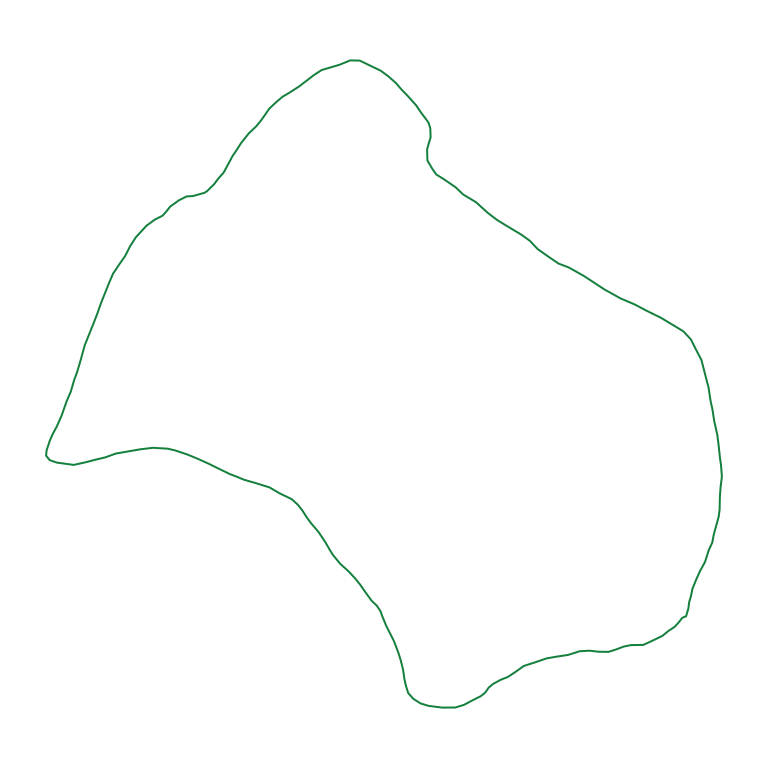 Faadhippolhu, Maldives (orthographic projection)
{"feature_id": "70690204B52357859866053", "entity_name": "Faadhippolhu", "entity_type": "district", "adm_level": 2, "iso_a3": "MDV", "parent_name": "Maldives", "parent_adm1": "", "projection": "orthographic", "projection_center": [73.502, 5.401], "detail": "fine", "context": "isolated", "style": "outline", "palette": "green", "viewbox_px": 768, "rotation_deg": 0, "n_neighbors": 0, "source": "geoboundaries", "source_scale": "gbopen_adm2", "svg_char_len": 2588}
<svg xmlns="http://www.w3.org/2000/svg" viewBox="0 0 768 768"><path d="M442.4,707.6L455.3,707.5L463.9,704.9L472.2,700.5L480.9,696.1L485.3,692.5L488.6,687.7L493.0,684.0L500.6,679.8L507.8,677.0L516.8,671.0L523.7,666.0L535.8,662.1L546.5,658.4L557.5,656.5L568.2,654.9L579.9,651.2L589.9,650.7L598.2,651.7L608.4,651.9L616.0,649.5L623.6,646.6L631.0,645.1L643.3,644.9L649.9,641.9L657.0,638.5L662.5,635.8L668.6,630.8L674.7,626.8L678.5,622.6L682.2,617.9L686.1,616.2L688.4,608.4L689.1,602.5L691.1,595.5L692.4,588.9L696.4,579.1L700.2,570.7L705.0,562.0L708.7,550.3L712.3,542.5L713.8,534.4L716.6,524.2L718.7,516.7L719.6,509.5L719.9,496.7L720.5,487.9L721.9,476.4L721.0,465.1L720.0,458.2L718.5,444.2L717.3,434.8L714.2,421.0L712.5,409.8L710.5,400.5L708.6,387.8L704.4,371.6L701.4,359.9L695.9,349.4L690.8,339.3L683.4,331.4L674.1,325.7L661.1,317.9L646.3,310.6L634.8,304.5L620.7,298.5L604.5,289.5L593.1,282.0L583.6,275.8L568.6,267.4L558.6,263.6L549.0,257.1L537.8,249.2L529.7,240.7L521.4,234.7L514.7,230.7L505.9,225.4L497.4,220.2L487.7,212.8L476.0,202.2L463.2,194.5L455.5,187.2L444.1,179.4L436.3,174.5L432.3,168.8L427.4,160.5L427.1,149.6L428.4,144.5L430.6,137.4L430.3,128.3L428.5,122.6L425.6,118.6L421.1,112.7L416.2,105.4L407.7,95.9L401.9,90.0L395.7,82.8L388.0,76.1L380.6,70.6L371.5,66.3L359.8,60.6L350.2,60.4L339.4,64.8L330.9,67.3L321.5,70.1L313.3,75.5L299.3,86.3L288.9,93.0L282.6,96.7L275.9,102.4L269.4,108.5L264.9,115.0L260.4,121.3L256.4,126.1L248.7,133.5L241.1,143.0L237.1,149.3L232.2,156.6L230.2,160.5L223.6,172.6L218.2,178.7L214.1,184.2L206.9,191.3L204.2,192.9L192.7,196.1L186.7,196.4L178.9,200.3L170.2,206.6L165.8,212.1L162.5,215.7L154.8,219.6L146.6,225.6L135.9,237.2L130.3,245.9L125.0,256.2L119.4,264.2L113.0,273.7L109.0,283.1L105.8,291.1L101.0,303.1L97.3,313.7L94.0,322.2L90.3,331.4L84.7,345.4L80.8,359.6L77.3,371.5L74.1,380.2L70.7,391.9L66.5,401.6L61.8,415.1L56.7,426.7L52.8,433.8L49.8,440.7L46.6,450.3L46.1,455.7L49.7,460.1L56.8,462.6L73.7,464.9L84.2,462.6L95.9,459.6L105.2,457.4L115.7,453.6L140.3,449.3L152.9,447.8L167.8,448.7L175.4,450.5L187.6,454.6L198.2,459.0L209.5,464.1L219.3,469.0L230.1,474.2L237.5,477.0L244.2,479.8L256.1,483.2L269.5,487.4L275.6,491.0L280.3,493.7L291.6,499.1L297.6,504.5L302.4,510.5L306.6,517.2L311.3,523.5L318.6,532.1L325.5,542.5L329.8,549.9L332.9,554.9L340.4,564.0L348.3,571.1L355.4,578.7L360.5,585.1L364.4,590.8L371.5,600.6L376.9,605.8L380.5,611.2L382.1,615.8L386.0,625.3L390.0,633.3L393.9,641.0L398.2,652.2L400.9,660.9L403.0,669.4L404.5,679.5L406.0,686.1L408.2,693.0L413.2,698.7L420.5,703.4L428.6,705.9L442.4,707.6Z" fill="none" stroke="#15803d" stroke-width="2"/></svg>